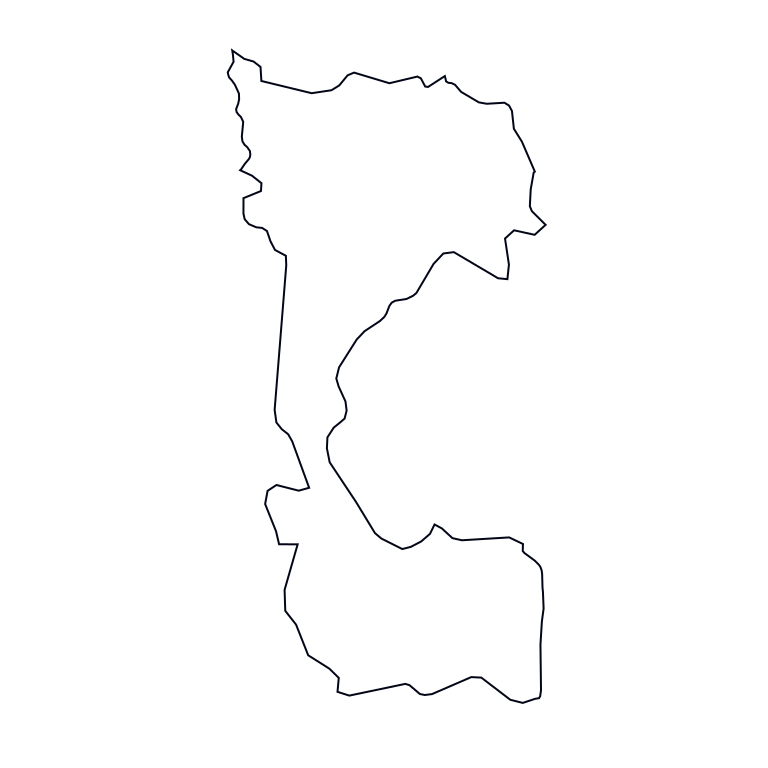 map outline of Vercelli (Mercator projection), rotated 188°
{"feature_id": "ITA-5436", "entity_name": "Vercelli", "entity_type": "Province", "adm_level": 1, "iso_a3": "ITA", "parent_name": "Italy", "parent_adm1": "", "projection": "mercator", "projection_center": [8.234, 45.554], "detail": "fine", "context": "isolated", "style": "outline", "palette": "ink", "viewbox_px": 768, "rotation_deg": 188, "n_neighbors": 0, "source": "natural_earth", "source_scale": "10m", "svg_char_len": 2132}
<svg xmlns="http://www.w3.org/2000/svg" viewBox="0 0 768 768"><g transform="rotate(188 384 384)"><path d="M276.6,554.3L284.4,544.9L276.9,519.6L276.4,505.0L285.8,504.6L333.2,524.3L343.4,521.5L351.6,509.9L364.6,478.6L367.4,475.5L373.6,471.3L384.5,468.0L387.7,465.6L389.5,462.2L391.4,454.1L393.0,450.5L396.7,445.9L410.6,433.6L417.2,424.3L430.8,394.3L432.0,382.8L428.6,375.3L419.7,361.3L417.3,352.4L418.2,344.3L422.2,339.7L427.7,333.8L432.6,323.3L431.6,312.4L426.9,298.9L395.3,263.3L372.2,235.1L365.1,230.6L342.9,223.1L334.7,226.5L325.3,233.2L317.6,242.0L314.4,251.9L306.7,249.1L294.8,240.9L285.1,240.1L238.7,249.5L224.1,244.9L223.4,238.0L221.5,236.2L210.0,230.0L205.2,226.3L203.6,224.5L202.1,221.7L201.0,218.1L198.7,204.4L197.7,200.4L194.7,183.9L194.6,170.7L192.8,147.7L185.9,102.6L185.9,96.7L186.7,94.5L190.5,93.3L202.2,87.5L215.0,88.9L246.8,106.8L256.8,105.9L293.3,83.6L300.3,81.7L305.3,82.0L316.8,89.3L321.2,90.0L375.0,70.6L387.2,72.7L387.9,86.7L398.5,94.5L421.3,104.8L437.6,133.5L450.2,145.6L453.8,166.3L447.2,213.2L465.6,210.7L470.4,223.1L485.0,248.6L484.4,262.0L476.5,269.0L453.6,266.5L443.7,270.8L466.9,314.4L471.9,320.9L478.8,324.9L485.2,330.9L488.7,343.2L497.3,487.9L499.0,497.3L510.6,501.6L516.2,509.4L521.2,519.2L526.4,521.6L532.3,521.4L540.0,523.5L544.9,527.8L546.9,533.2L549.0,548.5L532.7,558.0L533.3,565.8L543.7,571.9L556.2,575.7L555.3,576.8L552.5,582.6L549.1,588.0L548.4,589.9L548.3,592.7L549.2,596.0L552.4,599.5L555.4,601.5L557.9,604.5L559.2,609.0L559.9,624.0L562.9,628.6L565.6,630.5L567.8,632.8L568.7,635.6L567.4,641.3L567.1,645.9L568.1,651.5L573.3,659.6L576.9,663.4L580.0,666.0L581.3,668.6L582.1,670.9L577.8,682.2L579.5,689.3L580.7,693.2L567.6,686.5L558.1,685.2L550.4,680.8L547.6,667.0L496.1,661.9L476.9,667.6L469.9,673.4L463.0,684.6L457.0,688.2L420.5,682.6L393.7,693.1L390.0,691.8L384.6,684.3L381.7,684.3L366.6,697.4L364.6,692.3L362.1,691.2L359.1,691.4L355.3,690.2L348.3,684.0L329.3,676.1L321.3,675.8L303.9,679.3L298.9,677.1L295.3,672.2L290.9,654.8L281.1,643.1L264.2,615.3L265.2,614.1L265.8,597.1L264.3,580.3L261.6,575.7L246.1,564.1L255.6,552.7L276.6,554.3Z" fill="none" stroke="#020617" stroke-width="2"/></g></svg>